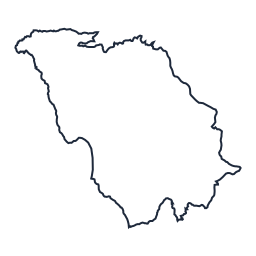 Manonyane, Maseru, Lesotho
{"feature_id": "5366337B83171462701560", "entity_name": "Manonyane", "entity_type": "district", "adm_level": 2, "iso_a3": "LSO", "parent_name": "Lesotho", "parent_adm1": "Maseru", "projection": "equal_earth", "projection_center": [27.717, -29.478], "detail": "fine", "context": "isolated", "style": "outline", "palette": "slate", "viewbox_px": 256, "rotation_deg": 0, "n_neighbors": 0, "source": "geoboundaries", "source_scale": "gbopen_adm2", "svg_char_len": 5647}
<svg xmlns="http://www.w3.org/2000/svg" viewBox="0 0 256 256"><path d="M128.9,227.2L130.1,226.3L130.7,226.9L131.9,226.3L133.6,225.9L134.9,225.3L136.0,224.6L137.7,224.1L139.3,224.2L140.6,223.3L142.4,222.6L143.8,222.9L144.8,223.3L145.7,223.2L146.8,223.6L147.7,223.6L148.8,221.8L150.1,221.0L152.5,221.0L153.6,219.9L155.5,218.6L156.2,216.5L156.7,215.3L157.1,214.1L157.1,212.7L157.7,211.8L157.8,210.7L159.2,209.2L159.4,206.8L160.2,205.2L161.0,204.1L162.4,203.0L163.0,202.2L164.3,199.9L165.1,199.5L166.0,198.4L167.8,198.2L168.7,198.8L171.0,199.7L171.7,200.6L172.0,201.8L172.6,202.9L171.7,202.6L171.7,204.1L172.4,204.7L172.4,205.7L172.1,206.9L172.6,208.0L174.2,208.5L174.6,209.8L174.4,214.4L175.6,215.3L176.1,216.5L176.9,217.2L177.2,218.2L177.2,219.8L177.6,220.9L178.7,219.7L181.4,219.5L182.2,219.8L182.8,219.3L182.4,218.2L181.3,218.1L181.3,216.9L180.8,215.9L183.1,215.3L184.0,214.0L185.2,213.8L185.9,213.3L186.0,212.3L185.4,211.5L185.7,210.3L185.5,208.8L186.3,209.4L187.2,209.3L186.5,208.2L188.1,206.3L187.7,205.6L187.7,204.5L188.2,203.7L189.0,203.0L190.2,203.2L191.1,203.7L191.9,204.7L192.7,204.7L193.8,205.6L195.1,205.8L195.9,205.6L199.4,206.2L200.6,205.6L201.5,204.9L202.6,205.0L203.5,206.0L204.5,206.8L205.0,208.1L206.4,208.1L207.5,207.1L207.7,205.6L209.4,202.4L211.2,200.3L212.1,197.6L213.7,196.0L214.3,194.9L214.6,191.8L214.6,190.3L214.4,187.5L214.6,184.9L216.4,184.6L218.0,184.6L217.9,183.5L216.0,181.4L217.5,180.9L220.0,179.5L222.8,177.0L226.0,173.6L227.9,173.0L229.9,173.1L232.4,174.3L233.9,174.1L235.9,172.2L237.4,171.4L239.1,170.8L239.9,169.4L240.6,168.0L239.7,166.9L236.1,166.3L235.2,166.3L233.5,166.0L231.8,165.4L229.0,163.9L227.3,162.1L226.0,161.8L224.5,160.4L221.7,158.9L221.2,156.4L220.2,155.6L219.6,154.7L219.1,152.7L220.0,150.9L220.8,149.7L221.5,145.4L221.3,143.1L220.7,140.7L220.9,139.0L221.5,136.3L221.5,134.6L221.9,131.3L220.1,129.8L218.7,129.2L217.2,129.3L215.4,127.3L214.1,128.5L212.7,127.7L211.8,126.6L214.1,124.0L215.4,122.1L214.9,117.6L215.5,115.3L216.4,114.0L216.8,112.0L215.7,109.6L213.3,108.8L210.5,107.1L208.3,106.0L203.1,103.2L200.2,102.8L199.0,102.8L196.7,101.0L194.9,99.3L191.1,95.3L190.3,94.0L190.0,88.9L189.1,86.4L187.5,84.6L185.7,83.3L183.6,82.9L181.1,81.2L178.4,77.7L177.2,76.8L174.7,76.3L173.7,75.3L173.0,73.2L172.5,71.0L171.8,69.1L171.0,67.7L170.3,65.9L170.3,62.7L170.1,60.5L169.5,58.2L168.6,57.2L167.6,55.6L166.5,51.9L165.2,50.9L163.4,50.7L160.8,47.5L159.6,47.8L157.9,49.3L157.1,49.4L155.8,49.3L153.2,48.6L153.0,46.7L152.1,46.1L152.7,43.9L153.7,42.1L152.3,42.6L151.3,43.7L150.6,44.9L149.6,45.2L148.0,45.2L147.3,44.5L145.7,44.6L145.2,42.6L145.3,41.4L143.5,42.7L142.3,42.6L141.5,41.5L140.7,40.2L140.7,38.6L141.4,37.5L141.6,36.1L140.1,35.6L138.2,36.7L137.1,38.4L136.4,37.8L134.6,37.4L133.6,38.4L133.1,39.8L132.5,41.0L131.3,41.0L130.2,39.8L128.8,40.4L125.6,40.4L124.0,41.0L123.2,42.0L123.1,43.4L122.2,43.7L121.0,42.9L119.6,42.7L118.3,43.4L117.7,44.4L116.8,43.4L115.4,43.7L114.4,42.7L113.9,43.8L114.1,46.0L113.6,46.8L112.2,47.2L110.7,47.3L109.2,48.1L108.3,49.0L107.6,49.8L106.0,52.1L104.9,52.1L104.1,51.9L103.5,50.9L102.7,48.5L102.9,47.3L102.2,46.0L101.6,44.6L100.7,44.6L99.8,44.4L98.9,45.0L96.1,45.4L95.3,46.4L94.0,47.0L89.2,47.0L87.0,46.8L85.2,45.7L83.2,46.3L82.4,45.7L79.6,45.8L78.3,45.4L79.0,43.8L79.5,43.2L80.4,42.6L81.8,42.6L82.9,43.2L85.0,43.5L86.7,43.3L87.9,42.3L90.6,41.1L94.3,41.3L93.3,39.0L92.7,38.3L93.1,37.0L94.2,36.6L96.9,34.0L97.9,32.2L96.1,32.2L94.3,32.5L93.4,33.2L89.5,33.2L88.2,33.7L87.0,33.0L85.1,32.7L84.1,32.7L82.7,33.0L81.3,33.9L80.1,33.6L78.6,33.7L77.7,32.7L76.0,31.5L73.7,30.6L71.9,30.1L70.4,29.1L66.5,29.6L64.4,28.8L60.9,29.5L60.0,29.5L58.3,30.8L57.6,30.8L56.5,31.2L55.1,31.3L53.9,30.6L53.2,31.3L50.5,30.6L49.4,31.0L46.6,31.5L45.1,31.0L43.1,31.0L42.5,31.7L41.3,31.4L39.8,30.6L38.6,31.5L37.3,30.6L35.9,30.3L33.6,30.3L33.3,31.7L32.0,32.5L31.2,33.4L30.8,34.6L30.7,36.4L29.6,36.7L28.5,36.2L26.9,36.2L26.1,37.2L25.1,36.9L23.6,39.3L22.4,39.3L22.3,40.4L21.1,40.6L19.8,40.5L19.2,41.3L18.3,41.6L18.2,42.9L17.4,43.2L17.1,45.1L15.9,45.7L15.4,47.8L16.3,49.2L16.4,50.0L16.9,51.4L18.0,52.3L18.3,52.7L18.9,53.0L19.2,52.9L19.4,52.8L19.6,52.6L20.0,51.8L20.4,51.5L21.2,51.9L21.6,51.6L22.0,51.5L22.5,51.6L23.6,51.6L23.6,52.3L23.5,52.6L23.7,53.0L24.1,53.2L25.0,52.0L25.2,51.7L25.3,51.3L26.1,50.5L26.4,50.6L26.9,51.2L27.5,51.8L27.7,52.4L28.0,52.5L29.5,54.0L30.3,54.4L30.9,55.0L31.4,55.0L31.7,54.9L32.9,56.6L33.5,58.0L34.2,59.2L34.0,60.7L34.7,63.3L35.1,64.6L35.1,65.9L35.9,66.6L35.6,67.5L36.5,67.4L36.3,68.8L37.6,69.6L38.6,70.1L39.4,71.3L41.5,72.6L41.8,74.0L41.3,75.6L41.3,76.8L41.5,78.5L42.6,79.7L44.6,80.8L45.1,83.2L46.5,83.7L47.5,84.3L48.3,86.1L48.5,87.0L48.0,88.0L48.8,91.4L48.0,92.9L47.8,94.1L48.4,94.9L48.5,96.4L48.8,98.0L49.9,101.3L50.7,102.0L52.4,104.1L53.5,104.6L55.1,108.6L55.5,109.6L56.1,110.4L56.2,111.6L55.9,113.0L56.2,114.8L57.1,116.4L57.1,117.6L56.8,119.1L56.7,121.9L57.4,124.7L59.3,127.2L59.4,128.4L59.2,129.9L59.9,132.2L61.4,133.2L62.3,134.3L63.2,136.0L64.0,136.9L64.6,139.3L65.8,140.6L66.6,141.6L68.4,143.1L70.0,142.7L71.6,142.8L73.7,141.0L75.6,140.9L76.9,139.8L78.8,137.8L80.1,137.8L82.0,138.1L85.1,139.9L88.2,142.6L91.3,148.6L92.6,157.9L92.8,169.8L91.8,176.2L91.2,178.6L92.3,178.9L93.4,178.9L94.5,179.4L95.0,182.3L95.7,183.2L96.7,184.0L98.3,184.4L98.7,185.8L98.7,187.6L98.8,189.4L100.0,192.0L101.8,193.0L102.9,193.9L103.5,195.5L104.2,196.3L104.9,196.7L105.7,196.7L106.5,196.9L107.7,196.7L108.8,196.3L110.0,196.6L110.5,198.2L113.0,199.9L114.4,200.6L115.1,201.1L116.0,202.8L117.2,203.7L119.2,205.5L120.0,206.5L120.6,207.4L121.5,207.5L122.7,209.1L123.3,210.9L123.3,212.4L123.7,213.6L124.9,214.9L127.2,219.1L127.9,221.2L128.6,224.1L128.9,227.2Z" fill="none" stroke="#1e293b" stroke-width="2"/></svg>